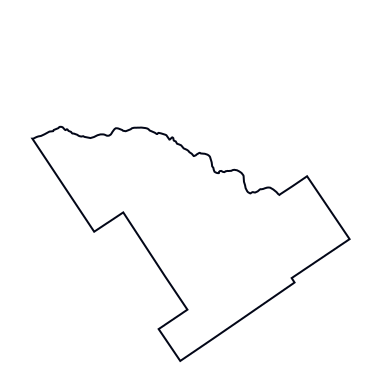 Burnett, Wisconsin, United States of America (Equal Earth projection), rotated 56°
{"feature_id": "52423323B90647147218833", "entity_name": "Burnett", "entity_type": "district", "adm_level": 2, "iso_a3": "USA", "parent_name": "United States of America", "parent_adm1": "Wisconsin", "projection": "equal_earth", "projection_center": [-92.579, 45.899], "detail": "fine", "context": "isolated", "style": "outline", "palette": "ink", "viewbox_px": 384, "rotation_deg": 56, "n_neighbors": 0, "source": "geoboundaries", "source_scale": "gbopen_adm2", "svg_char_len": 2140}
<svg xmlns="http://www.w3.org/2000/svg" viewBox="0 0 384 384"><g transform="rotate(56 192 192)"><path d="M58.5,294.5L170.2,295.3L170.5,260.4L246.7,261.5L287.0,261.6L287.0,296.3L325.5,296.2L325.4,261.7L325.1,225.4L324.4,157.6L319.1,157.5L319.2,87.7L243.3,87.8L243.4,105.3L243.2,119.6L243.3,121.2L241.8,121.7L239.3,122.0L235.4,123.2L232.7,124.5L232.1,124.8L231.2,125.9L230.4,127.2L229.5,130.1L229.4,130.9L228.6,132.8L227.9,133.8L227.9,134.6L228.2,137.2L227.8,139.6L227.7,140.0L227.0,140.8L226.1,141.6L225.9,142.3L225.8,143.4L225.9,144.2L225.3,144.8L223.4,145.7L222.1,145.8L218.8,145.4L216.0,144.2L212.6,143.2L207.8,140.4L207.0,140.1L203.9,140.3L201.4,141.3L199.2,142.5L197.2,144.6L196.5,146.3L196.5,147.4L194.9,150.2L194.3,150.9L193.9,152.0L193.6,152.6L193.7,153.9L192.8,155.0L190.9,156.0L190.3,157.1L190.4,158.1L190.6,158.5L191.3,159.0L191.3,159.3L190.3,160.6L188.8,161.6L187.7,162.0L185.6,161.5L184.0,160.8L182.0,160.9L178.4,159.1L173.2,157.5L172.4,157.4L170.8,157.8L169.7,158.3L167.5,160.0L165.0,163.1L164.1,163.5L163.7,164.0L163.5,166.9L163.7,168.4L163.3,170.3L163.1,170.5L160.2,170.8L157.5,171.9L155.9,172.0L154.1,172.7L151.2,174.5L147.3,174.9L145.5,176.0L144.7,176.6L143.6,177.4L141.0,177.2L139.5,178.2L139.0,178.3L136.8,177.4L136.0,177.6L135.7,177.8L135.6,178.2L136.1,180.9L135.9,181.4L130.6,181.5L129.6,182.1L126.2,184.8L124.4,186.5L124.2,186.9L124.5,188.3L124.2,188.8L122.0,189.7L117.3,192.7L115.9,192.9L114.6,193.4L113.1,194.7L110.4,197.8L106.3,204.2L105.6,206.1L105.7,207.8L104.7,212.4L104.5,213.0L102.7,214.9L101.6,215.2L98.4,217.4L97.7,218.0L96.6,219.4L96.5,220.6L96.7,221.6L97.7,224.4L98.2,225.4L98.9,227.1L98.9,229.0L98.5,230.0L97.7,231.1L95.6,232.4L94.5,233.5L93.1,235.6L92.1,238.6L91.6,242.5L90.5,246.0L86.2,250.3L84.9,251.0L84.5,251.9L84.1,252.8L82.7,254.1L81.7,254.7L80.6,255.0L77.6,257.2L76.7,258.3L76.2,258.6L74.5,258.7L72.9,259.8L72.3,260.2L70.5,260.3L70.0,260.8L70.0,262.1L69.8,262.3L69.1,262.6L66.2,263.0L65.2,263.6L64.2,264.9L64.0,265.8L64.3,267.1L63.3,272.0L63.9,273.0L63.8,273.3L62.2,276.4L61.7,281.9L61.1,285.8L60.0,288.3L59.5,290.2L59.0,293.7L58.5,294.5Z" fill="none" stroke="#020617" stroke-width="2"/></g></svg>